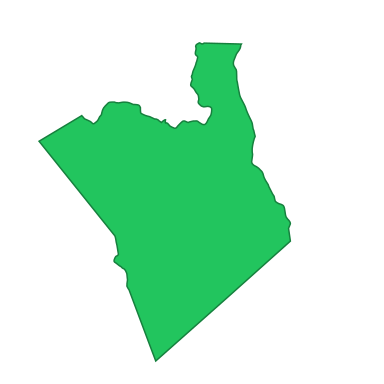 outline of Villa de San Francisco, Francisco Morazán, Honduras, rotated 238°
{"feature_id": "27666195B57613210290297", "entity_name": "Villa de San Francisco", "entity_type": "district", "adm_level": 2, "iso_a3": "HND", "parent_name": "Honduras", "parent_adm1": "Francisco Morazán", "projection": "robinson", "projection_center": [-86.929, 14.191], "detail": "fine", "context": "isolated", "style": "filled", "palette": "green", "viewbox_px": 384, "rotation_deg": 238, "n_neighbors": 0, "source": "geoboundaries", "source_scale": "gbopen_adm2", "svg_char_len": 6078}
<svg xmlns="http://www.w3.org/2000/svg" viewBox="0 0 384 384"><g transform="rotate(238 192 192)"><path d="M316.1,89.2L196.9,103.2L196.6,103.3L195.7,103.3L194.8,103.2L193.7,102.8L192.5,102.4L189.7,101.2L187.4,100.4L186.5,100.1L178.2,96.6L178.1,96.4L177.9,96.1L177.7,95.6L177.6,95.2L177.6,94.6L177.7,93.8L177.7,93.4L177.6,93.0L177.3,92.4L177.0,91.8L176.6,91.3L176.2,90.7L175.7,90.1L175.3,89.7L175.0,89.5L174.7,89.3L174.4,89.2L174.2,89.2L173.8,89.2L173.5,89.2L173.2,89.4L170.9,90.3L168.1,91.3L167.6,91.5L166.6,92.1L166.0,92.3L165.5,92.4L164.6,92.6L164.2,92.8L163.9,92.9L163.1,93.5L162.5,93.7L161.6,93.9L160.7,93.9L160.0,93.9L158.6,93.7L157.4,93.5L156.7,93.2L154.1,91.9L151.6,90.7L148.6,88.2L147.6,87.6L146.8,87.0L146.5,86.9L145.6,86.8L144.1,86.7L143.4,86.7L142.6,86.8L83.9,74.9L67.9,71.7L83.8,166.1L98.2,249.4L110.0,254.6L112.7,258.3L113.1,258.7L113.6,258.9L114.3,259.1L115.2,259.2L116.6,259.1L117.1,259.0L118.0,258.8L118.9,258.7L120.3,258.6L121.1,258.6L121.5,258.7L122.2,258.9L122.9,259.1L126.4,260.6L129.0,261.7L130.0,262.0L131.0,262.2L131.4,262.2L131.9,262.2L132.4,262.1L132.8,261.9L133.4,261.6L134.2,261.1L134.8,260.6L135.8,259.7L136.6,259.2L137.6,258.6L138.5,258.2L139.4,257.9L140.0,257.8L140.4,257.8L141.0,258.0L143.1,258.7L144.3,259.2L145.0,259.3L145.5,259.4L146.8,259.3L147.8,259.3L155.7,260.0L156.3,260.1L157.3,260.4L157.9,260.5L159.6,260.5L162.8,260.5L164.1,260.6L165.0,260.7L166.0,260.8L167.2,261.1L169.9,261.9L170.7,262.0L171.5,262.1L172.4,262.1L172.9,262.0L174.5,261.6L176.1,261.3L176.9,261.1L178.1,260.6L179.3,260.1L181.3,258.9L182.2,258.5L182.9,258.3L183.6,258.2L184.1,258.1L184.7,258.2L185.2,258.3L186.0,258.6L186.5,259.0L190.2,262.1L191.6,263.2L192.2,263.5L193.2,263.9L193.9,264.2L195.4,265.1L196.7,265.9L198.2,267.1L199.6,268.3L201.9,270.5L204.2,273.0L204.8,273.8L205.4,274.7L205.6,274.9L205.8,275.1L208.1,275.8L211.5,277.0L212.0,277.1L212.8,277.2L213.2,277.3L217.9,279.3L218.9,279.6L219.9,279.8L221.2,280.0L225.2,280.4L228.4,280.8L229.8,281.0L232.6,281.5L233.5,281.7L234.6,282.0L235.6,282.2L237.4,282.5L239.5,282.7L246.0,283.2L247.2,283.4L248.5,283.7L249.5,284.0L250.5,284.4L253.9,285.7L257.7,287.2L260.8,288.5L262.6,289.1L263.3,289.4L264.1,289.8L266.4,291.2L269.5,293.0L270.7,293.7L271.8,294.1L272.3,294.3L272.8,294.3L274.8,294.3L276.4,294.4L277.2,294.4L277.7,294.6L278.7,295.0L279.4,295.4L279.8,295.7L280.3,296.1L281.1,296.9L281.4,297.2L282.4,298.6L283.9,300.6L284.9,302.0L285.6,303.0L287.4,307.3L288.2,308.7L288.7,309.4L289.1,309.8L289.7,310.4L290.6,311.1L290.8,311.3L291.0,311.7L291.3,312.3L311.9,281.1L311.8,280.5L311.8,280.1L311.9,279.9L312.0,279.4L312.4,278.8L312.6,278.6L314.1,277.7L314.4,277.5L314.5,277.3L314.6,277.1L314.7,274.3L314.6,273.9L314.6,273.7L314.4,273.3L314.1,272.9L313.8,272.5L313.6,272.3L313.3,272.2L312.7,272.0L312.3,271.9L311.8,271.6L311.2,271.3L310.4,270.6L309.5,269.7L308.9,269.1L308.1,268.5L307.5,268.1L307.1,268.0L306.8,267.9L305.8,267.9L305.2,268.1L304.5,268.4L304.0,268.4L303.7,268.4L303.4,268.3L303.1,268.1L302.9,267.9L301.3,266.3L300.3,265.2L299.4,264.0L298.5,263.1L297.8,262.3L297.0,261.3L295.5,259.2L293.9,256.9L292.5,255.4L291.3,254.3L291.0,253.6L290.7,253.3L290.5,253.0L290.2,252.7L289.9,252.6L289.4,252.4L288.4,252.2L287.4,251.9L287.2,251.8L286.9,251.5L286.4,250.8L286.1,250.4L285.0,249.0L284.0,248.1L283.6,247.7L283.2,247.5L282.7,247.4L282.2,247.4L281.4,247.6L280.6,247.9L280.1,248.0L278.8,248.3L277.7,248.4L276.9,248.4L275.6,248.3L274.2,248.3L273.2,248.4L271.9,248.6L271.2,248.6L270.4,248.4L269.3,248.0L268.5,247.6L267.4,247.1L266.6,246.5L266.0,245.8L265.6,245.4L265.1,245.0L264.7,244.8L264.3,244.6L263.8,244.6L263.4,244.6L262.7,244.7L261.4,245.0L260.4,245.3L259.9,245.5L259.0,246.2L258.2,246.8L257.8,247.5L257.5,248.0L256.9,249.4L256.3,250.7L256.0,251.1L255.7,251.4L254.7,252.4L254.3,252.7L253.8,252.8L253.3,252.9L252.9,253.0L252.5,252.9L252.2,252.8L251.5,252.4L251.0,252.1L249.4,250.9L247.8,249.4L247.5,249.1L246.9,248.2L246.5,247.4L246.2,246.8L245.7,245.6L245.3,244.7L243.8,242.4L243.2,241.4L242.8,240.5L242.6,239.8L242.5,239.3L242.5,238.7L242.6,238.2L242.9,237.8L243.2,237.3L243.6,236.9L244.6,236.2L246.1,235.5L247.1,235.0L248.4,234.5L248.9,234.3L249.4,234.0L249.7,233.7L250.1,233.1L250.6,232.2L251.5,230.7L251.8,229.9L252.6,227.5L252.8,226.8L252.9,226.1L252.9,225.8L253.0,225.6L253.2,225.4L254.1,224.7L255.4,223.9L255.9,223.5L256.4,223.0L256.7,222.4L256.9,221.9L256.9,221.4L256.8,220.5L256.6,219.4L256.3,218.0L255.8,216.0L255.6,215.2L255.0,213.5L254.9,213.0L254.8,212.5L254.8,212.1L254.9,211.7L255.1,211.3L255.3,211.0L256.3,210.3L257.4,209.5L258.6,208.8L259.3,208.4L260.0,208.2L263.1,207.7L263.3,207.6L263.8,207.2L264.3,206.8L264.4,206.5L264.5,206.2L264.9,206.1L265.3,206.3L266.7,207.3L267.2,207.7L267.3,207.8L267.4,207.7L267.5,207.6L267.6,206.9L267.6,205.5L267.4,203.9L267.3,203.6L267.1,203.2L267.1,202.9L267.6,202.7L268.6,202.3L269.8,201.8L271.0,201.5L271.4,201.3L271.7,201.1L272.4,200.6L272.9,200.2L273.2,199.8L273.6,199.1L273.9,198.9L275.0,198.2L277.0,196.9L278.1,196.2L278.7,195.7L279.7,194.7L281.5,193.1L283.4,191.8L284.9,190.9L285.5,190.6L285.9,190.5L286.3,190.5L286.7,190.6L287.1,190.7L287.6,191.1L288.5,191.5L290.6,192.8L290.9,193.0L291.2,193.0L292.1,193.1L292.9,193.1L293.4,193.0L293.7,192.9L294.2,192.6L294.7,192.1L295.2,191.6L296.5,189.9L297.1,188.9L297.3,188.6L299.6,187.0L300.7,186.2L301.7,185.3L302.2,184.8L303.7,182.8L304.3,181.8L304.7,181.2L305.4,179.6L305.9,178.3L306.2,177.6L306.4,177.0L306.8,176.5L307.2,176.0L307.6,175.4L308.4,174.6L309.2,174.0L309.5,173.7L310.5,172.1L310.8,171.5L311.2,170.8L311.6,170.0L311.8,169.4L311.9,168.8L311.9,168.1L311.8,167.7L310.9,163.9L310.4,162.5L310.2,161.8L309.8,161.1L309.4,160.4L308.7,159.4L308.3,158.9L307.6,158.2L306.6,157.1L305.8,156.4L305.6,156.1L305.2,155.1L304.9,154.1L304.8,153.7L304.6,153.3L303.9,152.2L303.1,150.9L302.8,150.2L302.5,149.6L302.3,148.7L302.1,147.3L302.0,146.3L301.9,145.2L302.0,144.9L302.1,144.6L302.2,144.4L302.4,144.2L303.1,143.9L304.7,143.5L306.1,142.9L309.0,141.0L310.3,140.1L310.8,139.8L311.2,139.6L311.8,139.5L313.0,139.4L314.2,139.1L314.7,139.0L315.2,139.0L316.1,89.2Z" fill="#22c55e" stroke="#15803d" stroke-width="1.5"/></g></svg>